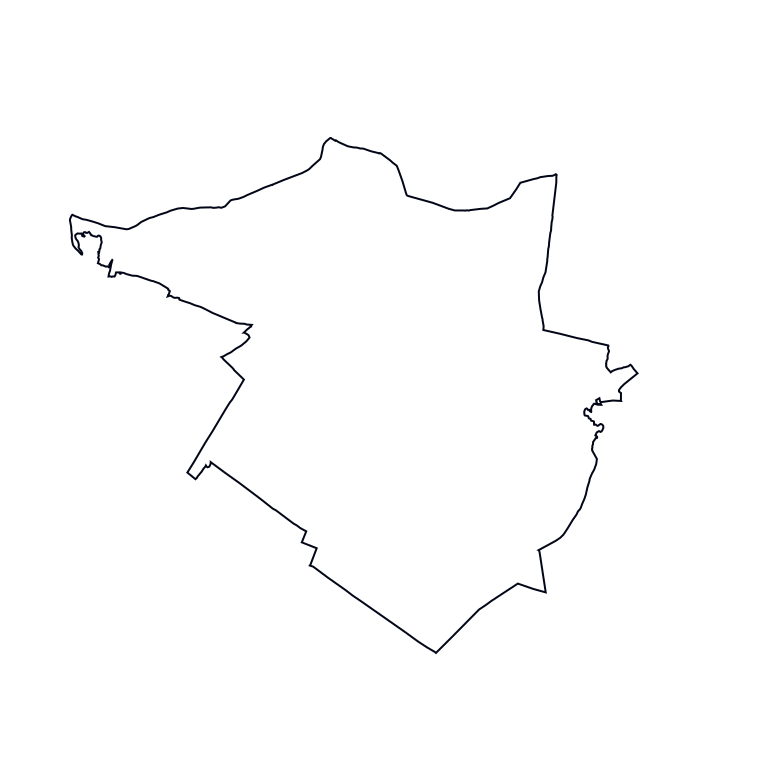 Fibis, Timis, Romania, rotated 159°
{"feature_id": "2599482B17548071630420", "entity_name": "Fibis", "entity_type": "district", "adm_level": 2, "iso_a3": "ROU", "parent_name": "Romania", "parent_adm1": "Timis", "projection": "mercator", "projection_center": [21.414, 45.966], "detail": "fine", "context": "isolated", "style": "outline", "palette": "ink", "viewbox_px": 768, "rotation_deg": 159, "n_neighbors": 0, "source": "geoboundaries", "source_scale": "gbopen_adm2", "svg_char_len": 6154}
<svg xmlns="http://www.w3.org/2000/svg" viewBox="0 0 768 768"><g transform="rotate(159 384 384)"><path d="M614.3,653.7L615.0,653.4L617.4,651.2L618.5,649.6L619.8,642.6L620.6,640.5L622.1,634.7L623.2,632.2L624.1,628.3L624.5,625.3L624.3,624.1L623.4,621.1L621.7,617.6L620.2,613.6L619.7,613.1L619.4,613.1L618.8,614.3L619.0,615.8L618.9,616.5L619.9,619.1L620.2,621.0L620.0,621.6L619.2,622.6L618.7,625.0L618.7,627.1L619.4,629.3L619.6,630.8L619.3,632.5L619.0,633.5L617.9,634.0L616.2,634.4L613.7,633.2L612.8,633.1L612.6,632.4L612.1,631.9L612.3,631.5L612.1,630.9L612.6,630.6L612.6,630.2L610.9,629.0L610.5,629.3L611.1,630.6L611.2,631.8L610.5,632.8L609.8,633.1L608.7,633.0L608.1,632.0L606.8,631.4L604.9,631.7L604.2,629.6L604.3,628.6L603.9,628.3L603.9,627.7L603.0,627.1L602.6,626.5L599.7,624.5L598.8,624.3L598.1,624.8L597.5,624.9L596.7,624.5L595.9,623.6L595.7,621.5L596.4,620.2L596.7,617.5L598.6,615.2L600.3,612.3L600.9,611.8L601.4,611.7L602.5,609.3L602.7,609.2L603.1,609.7L603.5,609.7L603.7,608.4L603.5,608.0L604.1,607.5L604.3,605.9L605.6,604.4L605.3,603.1L605.5,602.3L607.8,599.3L606.2,597.8L605.3,596.1L603.8,595.4L601.7,593.3L599.8,592.8L599.0,591.6L598.4,591.8L598.1,592.4L597.7,593.8L595.1,596.0L593.3,597.2L593.2,597.0L595.6,593.8L599.3,587.8L600.8,586.1L602.7,583.1L601.1,582.6L600.4,582.2L599.9,581.6L598.5,581.6L597.1,580.9L596.0,581.7L594.1,584.2L590.9,583.0L591.1,582.1L590.8,581.4L590.1,581.4L589.5,582.3L587.1,580.9L584.9,578.8L580.1,575.3L576.6,573.8L574.9,572.7L564.6,564.0L562.7,562.8L557.6,558.4L551.5,550.5L551.4,549.9L551.7,549.5L551.0,547.9L550.7,547.8L550.7,547.4L552.6,545.1L553.5,544.6L553.9,543.9L554.5,543.3L552.3,543.2L551.0,542.3L549.6,540.2L548.2,539.3L546.1,538.7L544.6,537.8L544.4,537.3L544.8,536.6L544.8,536.2L544.4,535.7L539.6,531.7L536.3,529.1L532.2,525.2L528.2,522.2L526.1,520.2L518.5,511.7L500.2,494.2L500.2,493.9L496.6,491.9L492.6,490.2L490.8,488.7L486.3,486.6L488.0,485.6L487.8,485.2L489.8,484.8L490.6,484.3L491.4,484.3L496.4,482.2L496.1,482.1L493.9,479.5L493.0,478.1L492.9,477.2L492.9,475.5L497.4,473.1L503.7,471.0L509.6,470.1L515.8,468.4L519.7,468.1L523.8,467.4L526.1,467.4L525.7,466.8L524.9,464.3L519.9,453.8L519.0,451.4L519.1,451.0L513.2,438.3L528.6,426.0L531.3,423.9L534.7,421.9L540.4,417.6L561.1,401.3L571.7,393.4L589.5,379.2L599.3,371.8L594.1,362.7L592.0,363.6L591.3,364.4L585.7,367.5L582.9,369.6L580.2,371.1L579.5,371.8L579.2,370.3L578.6,369.5L576.9,369.4L575.6,370.4L574.5,371.6L573.8,373.2L563.9,357.6L554.5,343.4L540.2,320.5L532.5,307.5L530.1,304.7L518.6,286.3L516.0,283.1L513.7,279.4L509.4,274.3L517.5,265.6L505.7,254.8L517.5,241.6L518.3,241.1L515.6,238.9L505.7,223.2L493.9,205.6L488.8,197.3L483.0,189.0L453.2,144.8L444.3,131.1L438.3,122.8L432.4,115.4L431.9,114.3L413.1,122.6L376.0,139.4L368.0,141.2L361.5,143.0L330.6,149.7L318.1,139.2L307.7,131.5L299.1,170.9L298.9,173.2L299.2,173.5L279.7,176.1L274.5,177.3L270.4,179.1L268.8,180.2L264.6,183.2L256.2,189.7L251.1,193.1L248.5,195.6L245.8,196.9L244.5,198.1L242.0,201.0L238.4,204.6L235.3,208.3L231.0,214.8L227.0,219.8L226.5,220.9L225.3,222.4L221.8,226.0L218.6,228.6L214.6,233.2L212.1,237.7L213.5,247.5L213.1,248.1L213.1,248.9L212.2,249.9L211.8,251.4L210.5,252.8L209.6,254.9L205.7,257.6L205.1,257.3L204.5,257.3L204.2,257.5L204.0,258.5L204.4,259.4L205.0,259.8L205.1,260.4L204.1,261.1L202.9,262.5L200.3,263.0L199.8,262.7L199.2,261.8L198.8,261.6L197.7,261.9L196.5,262.8L194.9,264.5L194.4,266.1L194.5,267.1L195.2,268.4L196.2,269.1L199.4,268.3L200.1,268.8L200.9,270.3L202.4,270.6L202.4,271.1L201.5,273.4L201.6,274.0L203.7,275.5L203.8,276.0L203.7,277.4L204.9,278.4L205.1,278.9L204.9,280.3L205.1,281.0L207.7,282.6L207.8,283.0L207.9,283.5L207.3,285.3L207.2,286.1L206.0,287.6L204.9,288.5L203.6,288.6L203.2,288.2L202.8,286.7L201.6,286.3L201.5,286.0L201.7,285.1L201.0,284.0L200.6,283.7L200.1,284.7L200.0,285.8L198.4,288.0L197.3,289.0L196.6,289.2L195.9,289.9L194.9,290.3L191.9,288.1L188.6,286.7L188.7,287.5L191.0,288.4L192.0,289.1L192.3,290.5L192.2,291.0L191.9,291.0L191.8,292.9L188.0,293.5L188.5,290.1L188.3,289.4L176.4,286.6L168.7,283.2L168.7,283.8L166.0,290.6L167.3,292.7L167.0,293.7L166.5,294.4L163.7,296.1L159.8,297.8L143.5,303.1L145.5,308.6L146.2,311.8L146.7,313.1L147.1,313.7L149.4,313.0L153.2,313.3L154.2,313.7L156.3,313.5L159.4,314.2L163.1,314.4L166.3,314.3L168.1,313.6L170.1,319.0L170.2,319.7L170.1,319.9L170.3,320.6L170.0,321.7L169.5,322.4L169.5,323.2L169.4,323.5L169.1,323.7L167.9,325.9L166.4,327.1L166.0,327.8L165.3,329.9L164.6,331.2L162.2,333.9L162.1,334.6L162.2,336.0L162.1,337.1L161.8,338.1L161.0,338.7L160.8,339.6L174.4,348.6L177.7,351.6L187.2,357.6L202.1,368.1L215.9,377.3L214.3,380.6L213.1,386.7L212.7,387.9L212.7,388.9L211.1,397.7L209.2,406.6L206.3,415.0L203.2,419.1L200.0,422.3L197.0,426.4L193.2,430.4L187.4,440.5L186.7,442.4L186.1,443.2L182.5,450.7L181.8,452.0L180.9,453.1L179.1,457.0L174.7,465.2L173.0,467.5L171.1,471.8L170.7,472.3L170.3,473.4L169.1,475.6L168.0,477.1L166.6,479.8L166.5,480.8L150.9,510.4L148.9,515.6L147.9,517.3L148.4,518.3L150.2,518.0L152.2,518.0L156.0,519.3L164.0,521.1L167.0,521.1L170.8,521.7L184.6,523.0L191.0,518.2L199.8,512.3L212.5,511.9L217.6,511.3L224.7,510.9L230.7,512.8L241.4,515.5L242.7,515.5L244.4,516.5L246.0,516.7L247.0,517.3L255.8,520.7L260.8,524.4L273.6,535.7L293.7,550.6L294.9,551.7L295.1,552.4L295.0,554.9L294.1,566.5L293.8,578.5L293.9,583.2L296.6,587.6L298.1,590.6L304.1,600.1L305.2,601.2L306.0,601.0L306.5,601.6L312.8,606.0L319.0,611.2L321.8,612.4L324.7,614.5L327.5,615.7L332.6,618.9L339.8,626.2L341.6,628.8L342.3,628.5L345.5,632.7L346.2,632.9L351.2,631.2L354.1,629.5L356.2,627.1L357.3,625.0L361.5,618.5L363.2,616.8L372.8,613.2L376.4,611.6L378.8,611.0L385.0,610.3L404.3,610.4L415.1,610.1L416.6,609.9L416.6,610.1L425.3,610.3L432.7,609.8L444.1,609.4L448.0,609.0L453.3,609.1L458.7,610.2L461.0,610.4L461.8,610.2L468.7,606.8L472.7,606.8L475.0,608.3L476.4,608.5L480.0,609.5L482.4,611.0L492.5,614.6L499.4,615.9L501.2,616.5L508.6,620.4L513.7,621.7L521.0,622.3L525.4,622.1L533.4,622.6L539.4,622.5L543.5,623.0L552.5,622.3L557.5,620.8L559.5,620.5L566.6,620.2L568.9,620.7L579.2,626.9L587.7,631.3L593.1,636.3L597.3,639.7L603.1,644.0L606.5,646.0L610.3,649.8L612.0,651.2L614.3,653.7Z" fill="none" stroke="#020617" stroke-width="2"/></g></svg>